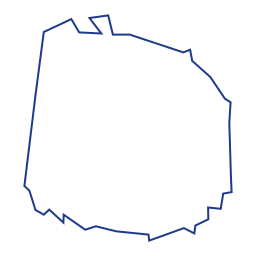 Jackson, Tennessee, United States of America (orthographic projection)
{"feature_id": "52423323B54776950346262", "entity_name": "Jackson", "entity_type": "district", "adm_level": 2, "iso_a3": "USA", "parent_name": "United States of America", "parent_adm1": "Tennessee", "projection": "orthographic", "projection_center": [-85.661, 36.368], "detail": "fine", "context": "isolated", "style": "outline", "palette": "blue", "viewbox_px": 256, "rotation_deg": 0, "n_neighbors": 0, "source": "geoboundaries", "source_scale": "gbopen_adm2", "svg_char_len": 553}
<svg xmlns="http://www.w3.org/2000/svg" viewBox="0 0 256 256"><path d="M35.4,95.9L24.4,186.0L29.4,190.7L35.5,210.0L43.8,214.7L49.2,209.6L63.4,222.6L63.7,214.7L85.2,229.7L95.9,226.3L116.2,231.3L148.5,234.6L149.2,240.6L183.9,228.1L194.3,233.4L195.4,225.5L208.3,219.3L208.1,207.5L220.7,208.8L223.2,193.6L231.6,192.1L230.9,175.7L229.3,122.7L230.6,102.3L225.0,98.8L210.3,77.0L192.2,60.9L190.1,49.7L183.3,52.4L129.7,34.6L112.9,34.6L108.2,15.4L89.5,18.0L101.3,33.5L79.2,32.4L71.3,19.1L43.8,32.0L35.4,95.9Z" fill="none" stroke="#1e3a8a" stroke-width="2"/></svg>